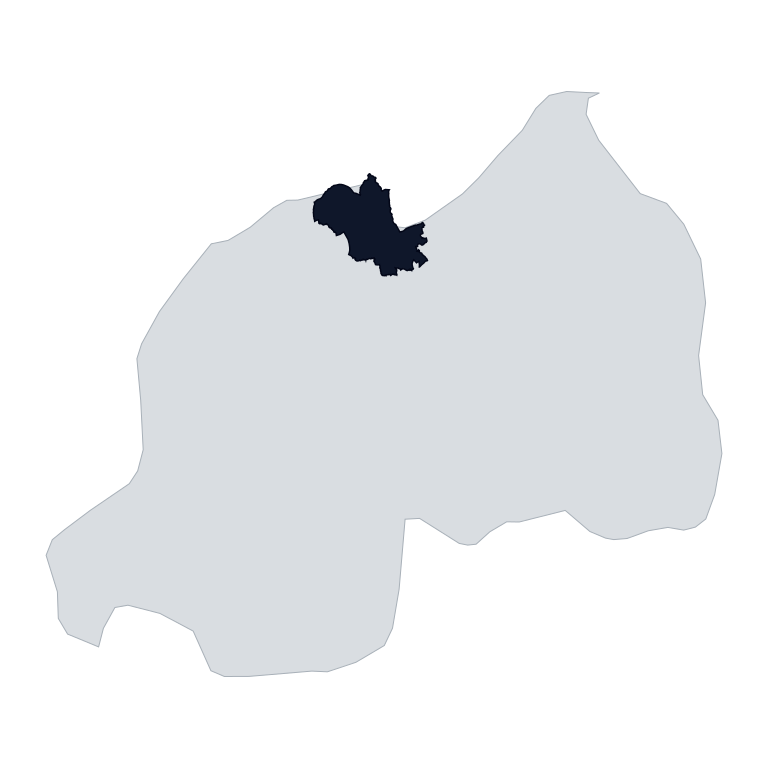 Burera, Northern, Rwanda shown in context
{"feature_id": "39286606B41980105768775", "entity_name": "Burera", "entity_type": "district", "adm_level": 2, "iso_a3": "RWA", "parent_name": "Rwanda", "parent_adm1": "Northern", "projection": "albers", "projection_center": [29.857, -1.461], "detail": "fine", "context": "in_parent", "style": "filled", "palette": "ink", "viewbox_px": 768, "rotation_deg": 0, "n_neighbors": 0, "source": "geoboundaries", "source_scale": "gbopen_adm2", "svg_char_len": 7105}
<svg xmlns="http://www.w3.org/2000/svg" viewBox="0 0 768 768"><path d="M286.8,200.3L297.7,200.1L370.0,182.8L377.2,188.2L388.8,221.7L395.0,226.6L405.1,227.8L425.3,220.1L462.5,193.9L478.7,177.9L497.9,155.5L522.3,130.3L535.9,108.3L549.2,95.4L566.7,91.5L586.0,92.5L599.4,93.0L588.4,98.2L586.1,114.3L598.7,140.2L640.2,193.6L666.6,203.4L683.8,224.2L700.7,259.1L705.6,302.9L698.6,355.5L702.7,394.7L718.0,420.3L721.9,453.6L714.7,494.5L705.8,519.0L695.4,527.1L683.7,530.1L667.7,527.4L648.2,530.8L627.1,538.5L613.7,539.6L605.5,538.1L589.9,531.5L565.2,510.4L519.2,522.0L506.7,521.8L489.8,531.8L476.1,544.2L467.7,545.1L459.2,543.4L419.6,518.4L405.1,519.2L399.1,589.3L392.5,628.2L384.3,645.5L355.9,662.3L327.4,671.8L311.8,671.1L249.0,676.4L224.4,676.5L210.9,670.7L193.2,631.1L159.9,613.4L127.9,605.2L114.9,607.5L103.4,628.3L98.6,646.9L67.6,634.1L58.3,618.4L57.4,591.8L46.1,555.3L52.3,539.7L64.5,529.7L90.2,510.4L129.3,483.7L137.7,470.9L143.2,449.7L140.7,400.3L136.9,358.7L141.6,343.8L159.4,311.6L183.3,278.7L211.3,243.8L228.1,240.4L250.3,227.2L273.6,207.7L286.8,200.3Z" fill="#d9dde1" stroke="#a8b0b8" stroke-width="1"/><path d="M409.7,270.0L410.2,270.0L411.4,270.5L411.2,269.6L410.9,269.2L411.5,269.3L412.3,269.8L413.2,269.1L413.4,268.5L413.1,268.2L412.7,267.4L412.4,265.8L412.2,265.6L412.1,263.5L412.7,261.6L413.7,259.8L414.4,260.4L416.5,262.8L418.9,261.2L419.4,264.7L419.3,267.0L419.5,267.0L421.7,264.7L423.8,263.0L425.5,261.0L426.9,260.9L427.3,260.6L427.7,261.0L426.7,258.8L425.5,257.6L425.1,256.8L423.8,255.8L423.3,255.2L422.5,254.9L422.0,254.1L422.0,253.7L421.6,253.1L421.3,253.0L420.8,253.1L420.1,252.6L419.8,252.5L419.3,251.5L419.3,250.5L418.7,250.0L418.4,251.5L417.2,251.2L417.4,251.0L417.3,250.3L416.8,249.7L416.5,249.1L416.6,248.8L415.6,247.1L415.6,246.7L416.4,247.0L416.6,246.8L417.4,246.5L417.3,246.4L417.4,245.9L417.5,245.6L417.9,244.4L418.2,244.0L419.1,243.8L420.1,243.9L420.7,244.1L421.5,245.0L422.7,245.0L423.7,244.1L424.2,243.8L425.0,242.8L426.3,242.3L426.4,241.8L427.0,241.1L426.3,238.1L424.6,238.6L424.4,238.6L424.3,238.3L423.5,238.2L422.8,238.4L422.0,238.4L421.8,237.8L421.9,237.7L421.6,237.7L421.3,237.0L420.9,236.7L420.5,236.1L420.3,235.1L420.5,234.6L421.0,234.3L421.1,234.0L421.7,233.9L422.8,233.5L422.9,233.2L422.8,232.2L422.2,231.0L422.0,230.2L421.8,229.9L421.8,229.7L422.0,229.5L421.9,227.8L422.0,227.5L422.3,227.3L423.4,227.2L423.1,226.3L423.6,226.2L424.0,225.9L424.5,225.2L423.8,224.8L423.8,224.3L423.7,224.3L422.9,222.7L422.7,222.5L421.3,223.3L421.0,224.1L419.6,224.1L416.5,225.2L416.1,225.3L415.5,225.1L408.8,227.5L406.3,228.5L403.4,231.1L400.0,232.0L399.8,231.9L396.2,225.4L395.9,224.7L395.5,224.3L394.2,223.7L393.9,223.4L392.9,221.6L392.6,220.4L392.9,219.7L392.8,218.5L392.2,217.4L392.1,216.8L391.7,215.5L391.7,214.8L392.0,214.4L391.6,213.7L390.7,213.1L390.2,212.1L390.2,210.7L390.4,210.1L390.3,209.5L390.9,209.1L390.9,208.8L390.7,208.2L390.3,207.6L389.8,207.1L389.5,206.2L389.5,205.8L389.7,205.7L389.6,205.1L389.3,203.7L389.4,202.8L389.2,201.7L389.4,200.3L389.0,198.9L389.0,198.2L388.7,197.5L388.7,196.2L388.6,194.9L388.8,193.7L388.6,192.6L388.7,191.8L388.6,191.5L388.8,190.6L389.3,189.8L385.3,189.5L383.5,190.3L382.4,191.2L382.2,191.2L381.0,189.4L381.0,189.0L381.2,188.7L381.2,188.3L380.1,186.8L378.8,186.2L378.8,185.5L378.0,184.5L378.0,183.7L376.8,182.9L376.4,182.9L375.8,182.6L375.3,182.0L375.2,181.8L375.6,181.3L375.6,181.1L375.2,180.6L375.2,179.9L375.0,179.5L375.9,178.5L375.8,177.8L375.5,177.5L374.9,177.2L374.0,177.2L373.3,176.4L372.7,175.9L371.9,176.2L371.4,175.9L370.3,174.4L369.7,173.8L369.3,173.9L368.5,174.5L367.8,175.8L368.5,176.3L368.6,177.1L368.6,177.5L368.1,178.2L367.9,180.0L367.1,180.0L366.6,180.5L365.8,180.4L364.6,180.8L364.3,181.5L363.4,182.6L363.3,183.6L363.1,183.9L362.7,184.4L362.4,184.9L361.7,185.6L361.5,186.1L360.3,187.7L360.5,188.7L360.1,190.1L360.4,190.6L359.9,192.2L359.8,192.6L360.0,193.4L360.5,194.3L360.3,195.2L356.1,193.4L354.0,193.0L353.7,192.9L351.7,190.2L350.7,189.0L349.2,187.6L347.8,186.7L343.6,185.0L341.4,184.5L339.2,184.4L336.4,185.1L334.7,185.4L334.0,185.4L332.8,186.3L331.9,186.7L330.5,188.3L330.0,188.6L329.0,188.7L328.4,189.0L328.1,189.3L327.7,190.2L327.0,191.2L325.9,191.6L325.4,191.9L324.6,193.5L323.4,194.9L322.4,196.9L320.9,198.3L320.7,198.6L318.8,199.2L317.3,199.8L314.6,202.2L314.3,202.2L314.3,202.7L314.7,203.5L314.6,204.6L314.4,205.4L314.0,205.9L313.8,207.4L313.9,208.1L313.7,208.2L313.7,208.4L313.6,208.6L313.4,209.5L313.4,209.9L313.5,210.1L313.6,211.4L313.5,211.5L313.3,212.8L313.5,213.3L313.7,216.6L314.2,217.9L314.0,218.2L314.3,218.6L314.3,219.4L314.6,220.2L314.7,221.3L315.6,220.8L316.0,220.4L316.5,220.4L317.2,220.1L318.4,219.9L318.8,221.9L318.9,223.2L319.5,223.7L320.1,223.3L320.3,223.5L320.5,223.2L321.0,223.4L321.4,223.7L321.8,223.9L322.2,224.3L322.8,224.5L323.2,225.0L323.6,224.8L324.6,224.6L325.3,224.1L326.0,224.4L326.3,223.8L326.5,223.9L326.7,223.7L327.9,225.0L328.5,225.2L328.7,225.4L328.7,226.4L329.0,227.1L329.5,227.3L329.6,227.6L329.8,227.6L330.5,228.0L330.7,227.8L331.1,227.8L331.1,228.0L331.3,228.0L331.7,228.4L331.6,228.9L331.7,229.2L332.6,229.5L332.7,230.1L333.5,230.7L333.9,232.0L334.3,232.3L334.9,231.9L335.7,232.6L336.0,233.1L336.4,235.5L340.1,234.3L343.8,231.8L347.8,238.9L348.2,239.8L349.2,243.7L349.7,247.3L349.8,250.2L349.4,252.3L348.7,254.5L349.5,255.0L350.2,255.1L351.6,256.1L352.4,257.0L352.9,258.0L353.1,257.8L354.1,258.0L354.3,257.7L354.6,257.7L354.7,257.9L355.1,258.2L355.2,258.3L355.4,258.5L355.2,258.7L355.3,259.2L355.1,259.4L355.6,260.2L357.0,261.0L358.6,260.8L359.4,260.5L359.7,260.2L360.0,260.5L360.5,260.7L361.4,260.1L362.1,260.1L362.9,259.9L363.1,259.3L363.9,259.5L364.2,259.9L364.9,259.7L365.2,259.9L365.7,259.9L365.8,260.2L365.9,259.7L366.4,259.6L366.6,259.3L367.3,259.4L367.7,259.3L368.3,258.8L369.1,258.4L369.5,258.4L370.5,258.8L371.3,258.6L371.6,258.2L371.9,258.5L372.5,258.2L372.9,258.4L373.5,257.9L374.0,257.8L374.0,258.1L374.2,258.4L374.9,258.9L375.0,259.3L374.9,259.7L374.1,259.9L374.2,260.3L374.4,260.3L373.9,261.1L374.3,261.4L374.3,261.9L375.0,262.7L375.1,263.5L375.3,263.6L375.3,264.0L375.5,264.1L375.6,264.6L376.5,264.8L378.0,264.9L379.4,264.6L379.4,265.1L379.8,265.5L379.9,266.0L380.1,266.4L379.9,266.9L379.8,267.9L380.3,268.3L380.2,268.8L380.6,269.8L380.5,270.8L381.1,272.3L380.9,272.9L381.1,273.7L381.8,274.3L381.7,274.6L381.7,274.8L382.4,275.4L383.0,275.6L383.9,275.6L384.2,275.5L384.5,275.7L385.2,275.3L385.5,275.5L385.8,275.5L386.0,275.7L386.2,275.3L386.3,274.9L386.5,274.8L386.9,274.7L387.2,274.8L388.1,274.6L388.5,274.7L389.0,274.4L389.9,274.6L390.3,274.4L390.6,274.9L390.5,275.2L390.7,275.4L390.9,275.1L391.3,275.0L391.9,274.4L392.6,274.1L393.0,274.4L393.5,274.2L393.8,274.3L394.2,274.3L394.3,274.7L395.8,274.9L396.5,274.8L396.8,275.1L396.9,274.8L396.8,274.3L396.4,273.3L396.2,272.6L396.5,271.9L396.4,271.5L396.7,271.0L396.7,269.7L395.6,268.6L395.3,267.9L395.6,268.0L396.1,268.0L396.6,268.1L398.2,268.0L398.9,268.6L399.9,268.8L400.4,269.3L400.7,270.0L401.1,269.7L400.9,269.3L402.0,269.2L402.4,268.6L404.5,269.1L405.1,269.5L405.4,269.8L406.1,270.1L407.1,270.6L408.4,270.2L408.9,269.7L409.4,270.2L409.7,270.0Z" fill="#0f172a" stroke="#020617" stroke-width="1.5"/></svg>